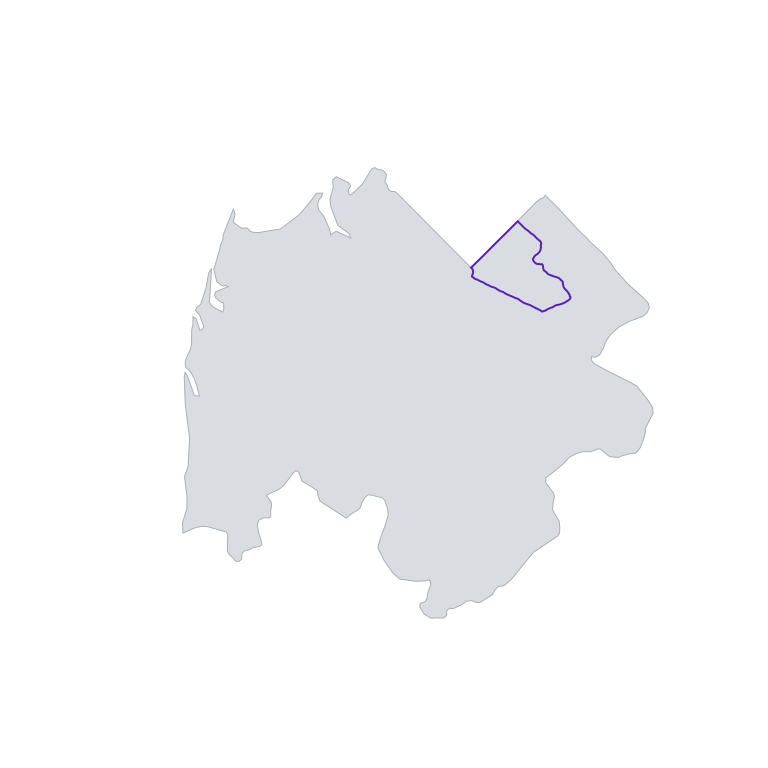 Woleu, Wouleu-Ntem, Gabon (highlighted), rotated 45°
{"feature_id": "22940354B4497534497521", "entity_name": "Woleu", "entity_type": "district", "adm_level": 2, "iso_a3": "GAB", "parent_name": "Gabon", "parent_adm1": "Wouleu-Ntem", "projection": "orthographic", "projection_center": [11.911, 1.389], "detail": "fine", "context": "in_parent", "style": "outline", "palette": "violet", "viewbox_px": 768, "rotation_deg": 45, "n_neighbors": 0, "source": "geoboundaries", "source_scale": "gbopen_adm2", "svg_char_len": 5711}
<svg xmlns="http://www.w3.org/2000/svg" viewBox="0 0 768 768"><g transform="rotate(45 384 384)"><path d="M519.6,147.5L519.2,153.1L512.9,166.8L509.9,177.3L509.2,188.5L510.9,197.5L514.0,203.9L515.9,210.9L514.4,215.8L511.4,217.9L513.5,220.4L518.1,221.0L525.9,218.8L537.9,215.1L553.7,209.7L564.1,206.7L581.2,208.6L590.3,210.6L595.0,214.4L600.1,230.5L602.6,232.9L606.7,239.7L610.2,248.0L610.9,252.1L610.6,255.1L607.1,259.6L603.2,266.1L601.8,270.1L598.5,273.0L594.4,275.9L582.9,277.1L581.2,278.8L578.0,285.8L572.0,291.7L569.2,297.2L566.8,304.7L567.3,313.9L566.0,327.1L564.8,336.1L567.8,339.2L581.5,341.4L584.2,343.2L587.8,348.7L592.4,353.9L604.9,357.2L609.8,361.2L613.7,365.5L614.2,369.1L611.4,383.5L608.7,397.3L609.7,407.8L610.7,417.8L612.2,432.4L611.5,441.4L608.0,446.8L608.0,451.1L609.6,456.2L606.5,470.4L604.4,472.8L598.8,475.5L595.9,479.3L594.9,485.3L591.9,493.5L588.8,496.5L588.8,500.3L591.8,503.1L591.7,507.4L586.2,512.5L582.8,516.4L575.3,518.3L566.8,516.3L564.8,513.4L566.9,509.0L566.2,505.5L563.2,501.8L558.7,492.3L554.7,490.2L552.4,494.2L545.5,501.4L533.2,510.7L524.6,511.5L508.8,508.6L495.5,504.2L489.3,493.3L485.4,484.3L479.8,473.8L473.4,468.9L466.6,465.7L463.6,465.5L453.9,471.3L451.0,473.6L451.0,478.5L451.9,483.1L453.4,485.3L454.6,488.2L454.4,492.7L452.7,498.8L452.1,505.5L421.6,512.1L416.4,509.7L412.5,506.7L407.9,507.3L394.7,510.7L389.9,508.3L385.1,506.5L382.9,508.0L382.7,510.9L384.9,526.7L384.2,532.7L381.2,540.5L379.7,545.9L387.8,547.3L390.7,549.8L393.5,553.8L397.4,557.5L397.7,559.7L393.3,563.9L391.7,568.9L393.8,572.9L399.3,577.1L407.4,581.4L411.3,584.2L410.9,586.7L407.2,592.2L405.7,596.9L403.2,601.1L403.7,604.9L407.3,608.5L406.9,611.8L404.5,614.2L399.5,613.7L395.3,614.0L391.5,613.0L379.6,600.6L377.0,600.2L359.9,609.8L355.6,613.7L352.0,619.4L347.3,631.6L339.5,624.5L332.7,611.4L324.9,603.4L308.3,590.5L303.9,580.9L284.9,559.8L257.7,538.8L238.0,520.5L235.1,516.4L238.4,516.9L257.4,526.0L260.0,525.0L262.1,523.0L253.9,518.2L246.1,514.4L238.8,512.1L231.4,512.3L227.3,508.4L224.6,502.5L223.2,497.5L220.0,492.2L209.5,481.4L207.0,477.2L201.3,471.4L204.8,470.7L216.0,476.2L216.9,474.0L216.0,470.8L204.7,465.6L198.6,465.2L197.2,461.6L198.1,457.4L190.0,441.5L181.7,429.7L180.3,424.1L202.9,449.9L205.9,450.3L209.8,450.1L219.1,447.2L217.4,443.8L213.2,440.1L209.1,441.8L203.8,442.1L201.0,440.6L199.8,437.9L205.0,425.4L202.8,426.0L201.1,428.3L198.2,429.3L193.7,430.0L182.6,423.3L172.8,405.2L170.2,401.5L167.6,395.2L165.0,392.6L153.8,366.9L158.1,368.8L163.2,376.2L173.1,374.7L177.0,370.4L180.4,370.6L183.9,369.6L188.3,365.5L201.0,347.8L204.4,324.5L203.3,310.6L201.4,296.8L205.6,292.4L207.3,295.3L208.1,300.2L210.1,303.9L214.7,307.1L223.1,308.0L236.2,313.1L240.9,316.3L242.1,309.9L257.2,304.3L252.6,302.3L239.3,304.5L220.9,296.2L214.8,291.0L209.2,281.0L203.3,275.8L203.7,271.1L216.8,266.8L220.3,267.3L221.7,272.5L225.3,274.6L226.6,273.9L227.2,269.5L227.3,257.7L223.2,240.8L224.5,237.6L228.1,236.4L231.3,234.2L233.5,233.7L238.0,234.2L240.2,238.1L241.4,240.2L245.9,241.2L249.6,243.3L252.8,242.8L255.5,240.3L259.3,239.8L271.3,239.9L282.2,239.9L303.9,240.0L325.5,240.1L347.2,240.2L363.5,240.2L363.5,230.6L363.4,215.7L363.3,198.1L363.2,181.2L363.1,165.6L363.0,147.1L363.9,141.8L365.0,139.6L364.6,136.6L381.4,136.4L411.7,137.7L425.0,137.5L428.7,137.8L445.3,136.9L458.7,138.0L464.4,139.3L469.6,140.0L485.6,140.8L506.6,139.7L513.7,140.0L517.7,142.5L519.6,147.5Z" fill="#d9dde1" stroke="#a8b0b8" stroke-width="1"/><path d="M363.5,174.4L363.5,177.5L363.5,192.8L363.4,207.4L363.5,222.3L363.3,240.2L364.1,240.2L365.1,240.2L365.8,240.4L366.6,240.9L367.8,241.7L368.3,242.3L368.7,242.9L369.0,243.7L369.3,244.4L369.6,245.0L370.0,245.6L370.2,245.8L370.8,245.8L371.6,245.6L372.5,245.5L373.5,245.4L375.2,244.8L376.7,244.0L378.6,243.5L380.5,242.8L381.4,242.3L382.3,242.0L384.1,241.6L385.2,241.4L386.1,241.1L387.0,240.7L387.8,240.3L389.0,240.0L390.1,239.6L391.6,239.1L392.3,238.7L393.6,237.9L394.6,237.5L395.5,237.2L396.8,237.0L398.1,236.7L399.4,236.4L401.3,235.7L402.3,235.1L403.2,234.8L403.9,234.7L404.7,234.4L405.8,234.2L407.5,233.7L411.2,232.2L413.9,231.1L416.8,230.0L417.9,229.4L418.8,229.0L421.4,228.6L425.2,227.9L428.5,226.4L431.5,224.9L434.3,224.1L437.4,223.1L439.9,222.2L441.9,221.6L442.5,221.4L443.3,221.2L444.5,221.1L446.1,218.3L446.5,216.7L447.0,214.9L447.6,213.4L448.0,212.2L448.7,211.2L449.0,210.1L449.3,208.9L449.5,207.9L450.0,206.6L450.3,206.1L450.8,205.2L451.6,204.4L452.4,202.8L453.4,200.8L454.1,199.1L454.4,197.8L454.8,196.1L455.2,194.3L455.4,192.7L455.0,191.6L454.5,190.7L453.9,190.6L453.3,190.6L452.8,190.3L452.4,189.8L451.2,189.5L450.1,189.3L449.3,189.0L447.8,188.9L445.9,188.9L444.3,188.8L442.8,188.6L441.8,188.1L440.7,187.3L439.5,186.6L438.8,185.9L438.2,185.4L437.3,185.3L435.9,185.3L435.1,185.4L434.3,185.4L433.7,185.3L432.9,185.4L431.8,185.9L430.8,186.3L429.8,186.8L428.3,187.7L426.9,188.3L425.4,189.0L424.3,189.4L423.5,189.9L421.9,190.3L419.7,190.2L418.3,190.3L417.5,190.6L416.7,190.6L416.2,190.4L415.6,190.1L414.7,189.5L413.9,188.9L412.9,188.2L412.2,187.7L411.4,187.5L411.0,187.6L410.7,187.9L410.4,188.4L409.9,188.8L408.9,189.4L408.3,190.1L407.6,190.7L406.5,191.2L404.9,191.5L403.9,191.4L402.6,191.2L402.0,191.0L401.2,190.6L400.9,190.3L400.7,189.4L400.4,188.4L400.1,187.0L400.1,186.1L400.2,185.2L400.5,184.3L400.6,183.3L400.6,182.2L400.6,181.0L400.4,179.9L400.0,178.9L399.6,178.3L399.1,177.6L398.7,176.9L398.2,176.1L397.4,175.5L397.0,175.4L396.5,174.8L396.4,174.4L396.2,173.9L395.7,173.4L395.2,173.1L394.5,172.9L393.9,172.6L393.7,172.5L392.2,172.6L391.4,172.8L390.2,172.9L389.3,172.9L387.2,172.9L385.1,172.9L383.8,172.9L382.7,173.3L381.7,173.5L379.6,173.6L377.8,173.7L376.4,174.0L374.5,174.3L373.0,174.4L369.1,174.4L365.5,174.4L363.5,174.4Z" fill="none" stroke="#5b21b6" stroke-width="2"/></g></svg>